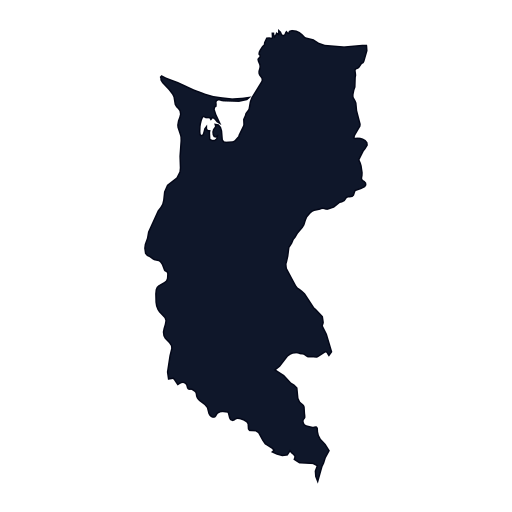 the Department of Magdalena
{"feature_id": "COL-1416", "entity_name": "Magdalena", "entity_type": "Department", "adm_level": 1, "iso_a3": "COL", "parent_name": "Colombia", "parent_adm1": "", "projection": "robinson", "projection_center": [-74.235, 10.123], "detail": "fine", "context": "isolated", "style": "filled", "palette": "ink", "viewbox_px": 512, "rotation_deg": 0, "n_neighbors": 0, "source": "natural_earth", "source_scale": "10m", "svg_char_len": 5364}
<svg xmlns="http://www.w3.org/2000/svg" viewBox="0 0 512 512"><path d="M161.1,80.0L161.0,78.1L160.6,77.1L161.6,76.0L165.6,78.1L169.2,79.5L177.8,82.7L193.5,90.0L205.2,94.4L213.1,96.7L221.4,97.9L232.2,99.1L242.8,98.4L249.1,97.5L246.8,99.5L238.9,101.2L223.5,100.7L221.6,100.4L219.8,99.8L218.1,99.7L216.3,100.7L215.8,102.2L216.0,104.4L215.9,106.2L214.6,107.0L214.0,109.4L215.7,114.6L219.7,123.2L217.2,121.7L214.9,118.9L212.7,117.3L210.9,119.4L209.8,117.6L206.0,117.6L203.7,116.4L202.5,117.0L201.2,120.1L200.3,123.8L199.9,126.3L199.7,131.8L200.0,134.5L201.0,135.8L203.2,134.9L204.1,132.0L204.9,128.8L206.4,126.8L206.4,128.7L207.0,130.0L208.1,130.7L209.7,130.8L209.4,132.6L209.7,139.4L212.2,140.6L214.8,140.5L216.8,138.9L217.5,135.8L215.7,136.9L214.2,136.5L213.3,134.7L213.0,131.9L213.7,129.5L214.9,127.9L215.8,126.4L215.2,124.4L218.4,125.0L220.4,127.4L221.5,131.0L222.2,139.8L223.7,142.0L226.1,142.4L232.4,142.0L233.6,141.7L235.1,140.8L238.1,137.4L238.8,136.9L239.2,135.2L243.8,125.7L244.0,124.4L243.8,119.4L245.6,115.4L245.9,113.9L246.5,112.9L248.7,110.0L249.2,108.9L250.4,101.9L251.9,97.9L261.9,81.6L262.4,80.1L262.0,78.0L259.7,74.9L259.1,73.2L259.1,71.2L260.0,68.1L260.2,66.3L259.9,64.5L258.5,61.2L258.1,59.5L258.4,58.7L259.9,57.2L260.2,56.3L260.1,55.2L259.6,54.7L259.2,54.4L259.1,53.9L259.4,52.0L260.3,50.2L262.4,46.9L263.3,45.9L264.0,45.4L264.5,44.6L264.7,42.6L266.8,38.2L269.3,38.0L271.4,38.5L272.5,37.7L272.3,33.3L273.5,33.3L273.6,34.5L273.8,35.3L274.6,37.0L276.3,34.4L276.6,33.3L277.2,33.7L277.4,33.7L277.5,33.8L277.8,34.5L278.8,34.5L278.8,30.7L280.4,32.2L281.6,35.0L283.4,35.7L285.0,34.8L285.7,32.9L286.4,31.8L287.7,33.3L288.9,33.3L289.2,32.0L289.8,31.3L290.8,31.0L292.1,30.7L296.1,31.2L299.2,32.6L301.9,34.7L304.7,37.6L305.9,38.1L313.2,39.9L318.4,43.3L324.7,45.5L344.1,47.1L362.1,45.5L366.4,45.5L366.5,46.0L366.8,50.7L363.8,61.1L363.0,62.6L361.7,63.3L361.0,64.0L359.0,67.0L358.2,67.8L357.2,68.3L355.8,68.8L355.2,69.5L354.9,70.6L355.3,73.3L355.5,75.2L355.1,77.5L354.8,87.0L353.8,89.8L352.9,94.2L352.8,96.0L353.0,97.5L354.9,100.9L355.8,103.1L356.5,110.7L360.0,124.2L359.8,126.1L354.6,135.0L353.7,137.7L355.0,138.5L357.3,138.3L359.9,138.4L362.6,139.2L365.1,140.6L366.8,142.7L367.1,145.1L364.9,148.7L363.2,150.8L358.7,159.8L360.2,163.2L361.0,165.9L362.0,172.7L361.9,175.4L361.4,178.3L361.8,179.7L362.7,180.7L364.2,181.6L365.5,183.1L365.7,184.9L364.6,186.6L360.8,188.5L356.2,190.1L355.0,190.6L354.4,192.1L353.4,195.1L352.1,196.3L349.9,196.7L348.0,196.7L346.3,197.5L344.2,200.5L341.7,201.8L339.5,202.3L333.7,207.0L327.5,209.1L325.8,209.0L324.6,208.6L323.4,208.3L321.8,208.3L319.7,209.1L314.0,210.3L311.9,211.3L309.7,213.2L306.6,216.9L305.3,220.0L303.8,224.8L302.2,227.4L297.3,233.2L294.9,237.3L293.2,239.3L291.5,243.3L288.8,247.4L287.7,256.1L286.4,261.9L285.8,263.9L286.0,266.5L286.3,268.6L291.5,278.4L295.6,286.0L297.3,288.2L299.4,289.5L301.7,291.3L304.5,293.9L313.8,308.1L315.4,309.4L322.3,316.7L323.0,321.5L323.1,322.8L322.1,325.9L326.3,334.3L331.5,351.8L328.9,355.4L328.0,354.0L327.6,353.2L326.9,352.2L326.0,351.7L324.9,351.9L318.1,356.3L316.8,357.0L314.9,356.9L313.8,356.7L307.9,356.7L306.5,355.9L304.2,354.2L302.9,353.8L300.3,353.6L298.7,353.0L297.3,352.7L296.2,352.6L292.6,353.0L290.1,354.1L287.4,356.0L279.6,366.1L274.9,369.9L283.8,375.7L290.6,383.1L293.9,385.1L296.8,388.0L297.8,398.4L299.5,402.1L301.0,403.5L302.4,404.6L303.4,405.6L304.0,407.0L304.4,413.5L304.6,415.1L304.7,416.5L304.7,417.4L304.3,418.2L303.7,418.9L303.1,419.9L302.9,420.7L302.9,421.6L303.1,422.5L303.6,423.8L304.4,425.0L306.3,426.0L312.5,427.5L314.0,427.4L315.2,427.0L316.4,427.1L317.2,428.3L317.4,431.8L318.2,435.4L320.2,439.3L325.1,444.5L329.0,450.7L325.2,457.7L323.5,463.1L321.9,466.4L317.7,481.3L315.8,476.4L315.4,471.1L317.4,465.7L313.0,463.4L299.5,462.7L294.3,459.4L295.2,456.6L293.8,454.5L291.6,452.7L290.0,450.7L287.2,454.9L282.3,455.5L276.9,454.0L272.3,451.9L274.2,450.2L272.0,448.0L265.3,443.8L262.9,440.3L258.7,432.6L255.8,430.7L249.6,430.4L248.5,428.9L248.2,423.8L246.9,421.8L243.8,419.9L240.2,418.6L237.3,418.2L235.4,418.9L234.1,419.9L232.6,420.4L230.6,419.5L229.7,417.8L228.5,413.0L227.8,412.0L222.6,411.4L220.1,411.7L217.4,413.1L216.4,414.5L215.7,415.8L214.7,416.9L213.0,417.1L211.4,416.5L210.0,415.2L209.0,413.4L207.5,407.5L205.0,404.5L199.8,400.6L198.5,399.3L197.4,397.8L196.7,396.0L196.4,393.8L195.9,392.2L194.8,391.1L192.2,389.4L191.3,389.1L189.2,389.2L188.3,388.8L187.6,387.8L186.9,385.1L186.1,383.8L184.1,382.4L181.9,382.3L179.8,383.2L177.8,384.5L174.6,379.7L173.3,378.2L168.6,379.0L167.6,372.0L170.1,355.7L171.9,348.4L171.6,345.6L169.6,342.6L165.4,338.3L164.0,335.7L163.5,332.0L164.2,328.5L165.4,324.5L166.1,320.6L165.1,317.6L159.6,311.8L158.1,309.5L156.7,305.9L156.1,302.1L155.9,293.8L156.3,289.8L157.3,287.4L159.0,285.8L164.6,282.6L166.6,281.0L167.6,278.5L167.9,273.8L167.4,272.1L166.3,271.3L165.1,270.7L164.6,270.1L162.5,264.5L161.1,262.4L160.2,261.4L159.1,260.6L154.4,259.6L153.1,258.9L150.0,256.6L147.4,255.4L145.6,253.3L144.9,248.2L145.4,244.4L147.6,238.3L148.7,232.0L149.8,229.6L158.3,210.9L160.9,207.6L162.8,204.3L163.8,200.3L164.7,191.9L167.6,185.3L177.0,178.0L180.1,171.9L180.5,168.0L180.1,156.3L181.2,140.8L181.1,137.1L180.8,135.5L178.1,127.3L177.9,125.0L178.6,120.8L179.9,117.4L180.7,114.2L180.1,110.7L178.5,108.5L176.7,106.7L175.3,104.3L174.1,96.9L172.8,94.2L169.2,89.5L162.7,82.6L161.1,80.0Z" fill="#0f172a" stroke="#020617" stroke-width="1.5"/></svg>